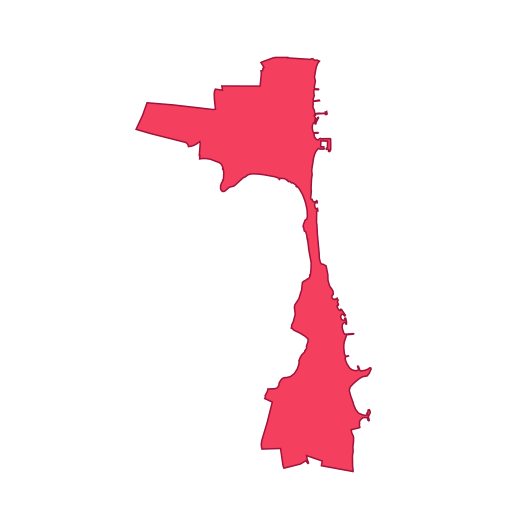 Eforie, Constanta, Romania, rotated 10°
{"feature_id": "2599482B71330041260785", "entity_name": "Eforie", "entity_type": "district", "adm_level": 2, "iso_a3": "ROU", "parent_name": "Romania", "parent_adm1": "Constanta", "projection": "natural_earth1", "projection_center": [28.643, 44.044], "detail": "fine", "context": "isolated", "style": "filled", "palette": "rose", "viewbox_px": 512, "rotation_deg": 10, "n_neighbors": 0, "source": "geoboundaries", "source_scale": "gbopen_adm2", "svg_char_len": 6107}
<svg xmlns="http://www.w3.org/2000/svg" viewBox="0 0 512 512"><g transform="rotate(10 256 256)"><path d="M284.7,53.1L282.2,52.4L281.8,52.7L279.2,52.9L278.2,52.1L276.9,51.9L276.1,52.3L275.6,52.9L252.8,55.4L252.8,54.9L240.8,57.0L238.3,58.0L228.4,63.7L227.2,64.6L231.1,68.8L230.2,70.0L230.4,72.2L228.7,72.8L229.4,74.7L229.7,76.8L230.5,88.0L192.8,94.5L194.2,98.5L187.0,98.7L186.5,101.4L186.8,104.3L188.0,109.6L190.6,118.5L188.2,119.2L148.0,121.6L122.1,124.0L119.9,137.0L115.9,152.1L130.4,153.7L167.1,156.4L168.6,157.2L169.8,158.4L170.5,160.0L173.5,159.0L175.8,157.7L178.2,155.8L180.8,153.1L181.5,154.9L182.7,166.9L183.3,166.7L183.6,170.2L186.5,169.3L190.2,168.7L194.0,168.6L203.5,170.4L205.4,171.3L206.8,172.7L208.5,175.7L208.0,176.0L208.2,176.5L208.8,176.5L209.1,177.3L209.8,179.8L210.4,184.2L210.5,186.3L210.3,187.4L210.0,187.4L210.2,187.9L210.0,188.7L209.4,189.8L208.9,193.2L209.2,194.6L209.4,195.8L210.1,197.1L211.7,198.3L213.5,197.9L214.5,197.0L217.9,192.8L221.7,191.2L222.8,190.3L229.6,181.4L232.1,179.6L233.8,177.6L235.6,176.6L238.1,175.7L244.0,174.9L250.3,174.6L261.1,174.7L265.1,175.5L265.5,175.7L265.4,176.4L265.8,176.6L266.4,175.4L266.8,175.2L270.7,174.9L273.6,175.8L273.6,176.3L275.3,177.1L275.6,176.7L277.0,177.0L278.1,177.9L279.3,177.5L282.4,178.8L283.9,180.0L283.5,180.6L283.8,180.8L284.1,180.5L284.6,180.6L286.0,181.4L287.4,182.8L291.4,187.7L294.4,192.8L296.0,196.0L298.2,201.5L299.7,208.0L299.7,209.8L299.5,210.8L298.1,212.2L297.3,216.4L297.2,218.8L298.1,220.1L299.2,223.0L300.7,223.5L302.4,226.8L303.3,230.0L304.0,230.3L304.0,230.8L303.7,230.8L305.0,234.2L307.0,241.0L311.4,252.8L312.4,259.0L312.8,264.9L312.2,265.2L312.2,265.6L312.6,265.9L312.7,266.6L311.7,269.1L310.5,269.8L308.3,272.0L307.4,272.5L306.3,273.9L306.8,282.2L306.2,285.0L306.2,286.2L305.6,290.8L302.8,297.2L302.7,299.9L304.6,306.1L304.7,307.3L304.1,314.4L303.1,317.8L303.4,319.3L303.2,320.9L305.1,321.6L305.9,322.4L312.7,324.3L318.7,326.7L321.7,328.8L322.1,331.2L321.3,336.1L321.8,337.8L321.7,338.6L320.5,340.9L320.7,341.6L320.4,342.3L318.1,345.6L317.1,348.6L316.4,351.9L317.0,352.8L316.9,356.0L316.3,359.8L314.7,364.0L313.8,365.6L310.7,368.9L306.6,370.6L305.7,370.6L303.6,371.7L302.5,373.0L301.7,374.6L300.8,377.1L301.0,379.2L300.0,381.9L299.2,382.6L297.2,383.5L290.8,384.9L291.0,385.4L290.6,387.6L289.2,392.1L289.8,393.2L289.3,394.9L297.4,397.0L295.9,418.2L293.8,435.9L293.8,439.9L294.3,442.3L295.4,445.1L313.6,441.3L319.0,457.8L320.4,460.1L335.8,453.2L340.6,449.0L343.1,451.3L343.7,450.8L341.6,447.0L340.4,443.8L356.8,446.4L356.8,451.2L389.0,451.4L388.8,450.0L387.7,446.5L385.8,436.6L385.6,434.4L385.7,432.6L385.5,431.0L384.6,427.4L384.3,421.9L383.6,417.7L382.9,416.2L381.1,413.7L379.9,410.6L387.4,407.3L388.1,406.6L387.3,405.2L387.1,402.8L386.7,401.8L387.1,399.7L389.2,396.8L391.7,396.1L393.3,396.1L394.2,396.5L394.6,398.1L395.6,398.7L396.1,398.3L395.0,395.7L394.4,395.1L395.6,391.0L395.6,389.7L394.6,388.0L394.2,387.7L393.2,388.1L393.2,390.3L392.5,391.8L393.4,392.6L393.5,393.0L391.0,394.0L388.5,393.9L384.5,393.0L383.6,392.4L380.9,389.9L378.2,385.9L376.9,383.1L373.7,377.6L371.2,372.3L371.5,368.7L373.9,365.0L375.7,362.7L379.2,358.6L382.1,356.3L386.3,354.8L387.8,352.0L389.0,347.4L388.5,346.3L387.3,346.4L386.1,347.8L383.3,349.6L379.0,351.1L378.2,350.6L376.0,346.8L375.4,346.7L375.2,347.3L376.7,349.7L376.8,350.2L375.2,351.4L372.9,351.7L370.4,351.4L368.3,350.4L367.4,349.8L364.3,346.4L362.2,343.1L361.4,340.4L361.7,339.9L364.4,338.4L364.2,338.2L361.6,339.2L360.1,337.1L358.4,331.2L357.9,327.7L357.9,324.9L359.0,317.8L365.4,316.1L365.7,315.7L365.2,315.5L357.0,317.6L355.8,316.6L353.6,312.3L353.0,310.1L353.0,308.7L353.7,307.0L355.0,306.0L355.5,305.9L355.8,306.2L356.3,307.4L356.9,307.4L356.7,305.5L355.2,301.7L354.6,301.6L354.1,302.0L354.6,302.8L354.6,303.5L354.4,303.8L352.9,304.1L351.7,303.8L351.0,303.3L349.9,301.2L350.2,299.4L351.0,298.3L352.0,298.4L353.6,299.7L354.4,299.2L354.4,298.9L349.5,293.8L348.7,293.7L348.5,294.3L348.7,294.8L348.3,295.1L347.0,294.6L345.5,293.2L344.7,291.9L344.5,290.7L344.7,290.4L344.9,290.8L345.4,290.6L345.7,289.5L345.1,288.4L344.1,287.4L344.6,285.1L343.8,284.8L343.7,284.3L343.3,284.2L343.2,283.5L342.7,283.8L342.8,284.3L341.5,284.6L341.5,285.0L340.2,285.2L338.9,284.7L338.1,284.0L337.7,282.2L338.8,280.3L338.0,277.4L336.2,275.1L334.1,273.3L331.9,269.2L331.1,267.3L330.0,261.9L326.8,253.6L323.8,252.5L321.9,252.5L321.0,251.8L320.1,250.3L318.8,247.2L317.5,241.5L312.6,223.6L310.5,214.4L309.8,212.6L308.0,201.3L308.2,200.8L309.1,200.9L309.0,200.5L308.3,198.3L308.0,198.3L307.5,199.3L306.5,199.0L305.7,197.8L304.9,195.7L304.8,194.0L305.2,193.0L305.8,192.7L306.1,193.1L307.0,193.1L306.7,191.4L306.2,190.9L305.8,191.3L305.7,192.0L303.3,192.7L301.6,191.1L301.5,190.5L300.3,190.5L299.8,189.7L299.3,182.8L298.5,179.8L297.3,170.3L297.2,166.2L296.1,162.4L295.9,160.1L295.7,149.0L296.1,145.6L296.7,143.0L298.0,140.4L298.8,139.3L300.3,139.6L303.3,139.2L304.5,138.8L304.6,138.5L304.0,137.5L303.8,136.7L300.7,137.1L299.9,131.4L306.5,130.5L307.4,136.4L306.5,138.1L306.5,138.4L306.9,138.8L308.6,138.5L309.4,138.8L309.3,140.4L310.1,140.5L310.8,139.7L311.1,138.0L310.5,134.6L309.2,127.8L308.8,127.5L299.6,129.2L299.0,129.0L298.1,129.5L297.0,131.0L295.2,130.6L294.0,129.7L293.0,128.5L292.5,127.6L291.9,125.3L292.1,125.0L295.6,124.3L295.9,123.9L295.4,123.6L291.2,124.6L290.3,123.2L289.1,120.0L288.9,117.1L289.2,115.7L289.6,115.1L290.9,114.8L291.4,115.7L291.9,115.6L292.2,113.3L293.6,109.0L293.1,108.6L292.8,108.9L291.4,114.1L290.2,114.7L290.5,113.6L290.3,112.1L290.9,109.9L289.2,108.3L289.0,107.2L289.2,106.9L289.5,106.7L289.8,107.1L290.2,107.0L290.0,106.0L290.2,105.8L299.5,103.6L299.7,104.6L300.3,104.7L301.3,104.1L301.3,103.5L300.5,101.5L300.2,101.9L299.2,102.1L299.4,103.3L294.9,104.3L293.2,104.4L289.6,105.5L288.8,104.5L288.2,102.5L286.6,100.2L286.2,99.2L286.0,98.2L286.1,97.1L285.6,95.2L285.7,93.8L291.6,92.1L291.2,91.5L286.2,93.2L285.5,93.2L285.0,92.2L285.6,87.8L285.1,87.0L284.4,84.0L284.3,82.1L284.5,81.9L288.5,81.5L288.8,81.0L288.6,80.7L288.0,80.7L285.1,81.2L284.7,80.9L284.1,79.3L284.1,73.3L282.5,69.6L282.5,59.9L283.3,55.6L284.7,53.1Z" fill="#f43f5e" stroke="#9f1239" stroke-width="1.5"/></g></svg>